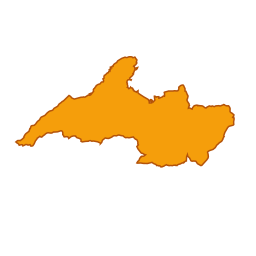 outline of Lunca De Jos, Harghita, Romania, rotated 121°
{"feature_id": "2599482B38350434394464", "entity_name": "Lunca De Jos", "entity_type": "district", "adm_level": 2, "iso_a3": "ROU", "parent_name": "Romania", "parent_adm1": "Harghita", "projection": "natural_earth1", "projection_center": [25.966, 46.606], "detail": "fine", "context": "isolated", "style": "filled", "palette": "amber", "viewbox_px": 256, "rotation_deg": 121, "n_neighbors": 0, "source": "geoboundaries", "source_scale": "gbopen_adm2", "svg_char_len": 5752}
<svg xmlns="http://www.w3.org/2000/svg" viewBox="0 0 256 256"><g transform="rotate(121 128 128)"><path d="M197.7,216.9L197.7,216.1L198.0,215.7L197.9,214.4L198.4,212.8L198.8,212.4L197.2,210.8L196.8,209.9L197.5,208.9L194.8,207.1L194.2,205.9L194.3,205.4L194.0,204.7L192.7,203.4L193.5,202.3L193.5,201.8L192.6,200.7L192.1,200.4L189.8,200.3L186.8,200.7L184.3,200.4L183.3,200.5L182.3,199.9L180.5,199.3L180.6,198.3L180.5,197.8L180.1,197.2L177.7,196.5L176.9,196.0L175.5,195.7L173.9,194.8L173.2,194.0L172.0,191.3L171.6,190.9L171.0,190.3L169.9,189.9L169.2,188.7L167.5,186.3L164.9,184.1L164.6,183.3L164.9,182.3L165.7,181.4L167.3,180.5L167.7,179.3L168.4,178.5L168.5,178.1L166.9,176.0L166.6,175.3L166.8,174.3L167.5,173.4L164.7,172.3L164.0,171.8L162.6,170.3L162.1,169.2L162.2,168.9L161.9,168.7L162.0,168.3L162.6,167.3L162.5,166.3L162.1,165.0L161.9,162.7L162.7,161.9L163.6,161.5L163.5,160.1L161.4,157.6L159.8,155.2L158.9,154.7L158.2,153.9L158.0,152.3L156.9,150.8L155.5,147.0L155.1,143.7L155.6,143.5L154.0,143.1L151.7,143.6L148.3,142.4L147.7,140.6L146.9,139.2L145.5,138.1L143.9,137.1L142.2,136.4L141.5,135.6L140.7,133.9L139.1,132.7L138.6,132.0L138.1,130.1L137.3,128.2L137.6,126.5L137.6,125.2L136.4,123.5L135.9,122.1L132.9,118.8L133.4,117.5L133.8,115.8L133.5,114.8L133.7,114.0L134.6,112.7L135.7,111.8L136.7,111.4L136.9,110.7L137.1,110.4L139.3,110.9L140.8,108.7L142.6,104.0L142.6,103.4L142.2,102.2L142.3,100.4L142.0,99.2L143.8,99.9L144.6,100.6L144.9,101.5L145.8,101.7L145.8,102.0L146.0,102.1L148.0,102.3L150.3,101.9L151.5,102.4L153.4,102.4L153.3,101.9L151.4,99.0L150.5,96.7L148.4,93.0L145.1,89.7L145.3,87.9L144.9,85.3L145.4,84.0L144.7,83.2L144.7,82.3L144.2,81.8L144.0,81.0L144.5,80.2L144.2,79.4L143.8,79.1L143.8,78.8L143.2,78.5L142.4,77.7L140.9,77.0L140.1,76.3L139.7,76.2L139.7,75.0L139.3,74.5L139.2,73.4L138.5,72.7L137.3,70.4L136.5,69.8L135.5,68.3L135.6,68.1L135.3,67.9L135.0,66.7L134.0,66.5L133.0,65.8L132.5,65.4L132.2,64.9L129.8,63.4L129.7,62.8L129.4,62.5L129.0,62.3L128.7,62.5L128.5,62.1L127.9,62.1L126.5,61.5L126.2,61.0L122.6,62.9L120.3,63.3L121.1,62.6L121.5,62.0L122.0,59.8L123.5,57.5L123.7,56.8L123.2,55.6L122.6,54.9L121.6,52.9L121.6,52.6L122.8,50.1L122.7,46.2L122.0,45.5L114.4,44.0L114.0,44.1L112.9,43.9L111.3,44.3L109.4,45.7L107.7,47.4L107.0,47.3L105.4,46.5L102.6,44.1L102.1,43.9L99.9,43.1L97.0,43.1L95.3,42.5L93.6,42.1L91.2,40.9L88.6,40.9L88.0,41.3L87.1,41.1L86.1,41.4L85.7,41.3L85.6,41.7L84.8,42.1L81.9,42.7L76.2,42.8L74.5,42.3L71.5,39.4L70.6,39.1L68.4,40.6L65.6,41.7L64.9,42.3L64.5,42.7L65.0,43.1L64.9,43.8L63.9,43.6L62.2,43.9L61.7,46.3L61.8,47.1L61.7,48.2L61.4,48.9L61.1,49.2L58.9,50.4L58.5,50.8L57.9,51.5L57.2,53.2L58.2,54.9L58.6,56.6L58.4,57.3L58.5,57.8L58.7,58.2L59.6,58.6L60.3,59.3L61.1,59.8L61.8,60.6L62.0,61.6L62.5,62.2L63.8,64.1L65.3,65.1L65.6,66.8L65.8,67.3L66.6,67.6L67.2,69.7L69.7,71.2L70.5,71.3L71.0,72.2L70.7,75.3L71.4,77.1L71.9,77.7L72.2,78.9L72.9,79.4L73.0,79.8L72.7,80.0L72.9,80.7L73.6,81.6L74.5,82.3L74.7,82.7L77.3,83.1L78.8,82.8L79.2,85.9L79.9,86.4L78.9,86.8L77.1,86.9L77.0,87.3L75.9,88.0L74.7,90.5L73.8,91.8L73.0,92.1L72.1,92.2L70.1,92.8L69.2,93.5L69.2,93.9L66.7,97.3L67.0,98.1L64.8,99.5L63.8,101.1L63.1,102.0L62.8,103.0L63.4,103.8L64.6,104.8L66.9,105.5L67.6,104.9L69.5,104.3L70.5,104.5L71.3,105.6L72.0,107.1L73.1,108.5L75.5,112.4L76.0,112.8L78.4,115.1L78.8,115.3L79.4,114.6L80.2,114.2L81.4,113.3L82.0,113.1L82.4,114.2L83.7,114.6L86.6,116.8L86.6,117.0L85.3,117.7L86.3,119.3L87.0,119.7L87.0,120.2L86.8,121.0L86.9,121.5L87.2,121.8L89.6,120.0L90.0,119.4L90.7,119.3L91.1,119.5L93.0,119.9L92.4,121.1L92.1,121.1L91.7,122.0L91.8,123.0L92.2,123.4L92.5,123.5L93.2,123.0L93.4,122.6L93.3,122.1L93.8,121.3L94.4,120.8L95.6,122.6L93.7,124.0L93.8,124.3L93.1,125.5L93.2,130.6L93.0,136.1L92.8,137.3L92.2,137.9L90.9,138.6L92.4,139.3L93.0,139.3L93.0,139.7L92.8,140.0L92.9,140.5L93.3,141.5L93.2,141.8L92.7,142.2L92.8,143.0L92.3,143.3L92.2,144.0L91.8,144.1L91.5,144.7L91.7,145.0L91.9,145.6L91.7,146.7L92.1,146.5L92.8,147.1L93.3,147.2L93.9,147.6L93.8,148.0L93.2,149.0L93.4,149.5L92.7,149.5L92.2,149.8L91.5,150.4L90.7,151.5L89.9,151.6L89.6,152.5L88.1,153.0L86.6,152.8L85.5,151.0L85.5,150.0L85.0,150.1L85.2,150.3L85.2,150.7L85.4,151.3L84.4,152.3L80.8,151.2L79.6,151.2L78.9,151.1L78.8,151.8L78.0,151.6L74.6,152.2L74.3,151.4L73.6,151.0L72.5,150.7L71.2,150.9L72.6,152.1L73.3,152.9L72.3,153.9L72.1,154.4L72.2,154.9L71.5,154.9L70.3,154.2L69.7,154.0L67.7,153.9L67.6,154.5L67.3,154.8L65.6,155.2L65.0,155.5L64.6,156.3L64.7,157.0L64.0,157.8L63.7,158.3L63.9,158.9L64.8,159.5L65.3,160.2L65.0,161.2L65.6,162.5L66.5,163.9L68.1,165.1L68.6,166.0L68.8,167.0L71.5,169.2L75.5,171.3L76.4,171.5L77.7,171.4L79.0,172.2L80.8,172.9L81.7,172.9L82.6,172.6L83.2,172.7L83.1,173.3L83.7,173.5L84.5,173.5L84.7,174.3L84.9,174.5L85.6,174.0L86.6,173.7L86.4,173.3L87.6,173.9L87.5,173.1L88.8,172.7L89.2,173.6L90.8,173.4L91.3,173.8L91.4,174.1L94.3,174.8L95.0,175.4L96.3,175.1L97.6,174.2L98.8,174.8L99.7,173.5L100.9,172.9L101.3,173.0L101.9,174.0L102.4,174.4L104.8,174.8L105.8,175.9L108.0,177.1L109.0,176.9L110.2,177.2L111.1,177.1L112.1,177.5L113.1,177.4L114.5,176.3L115.5,176.7L117.2,176.8L117.1,177.5L118.3,178.4L118.3,177.0L118.8,177.0L119.3,177.4L118.9,177.7L118.9,177.9L120.0,178.3L120.0,178.9L123.4,180.6L124.1,181.4L124.2,182.0L124.9,182.7L125.8,184.1L130.8,188.9L131.2,191.3L130.5,193.7L130.5,195.3L138.1,197.3L139.1,198.0L140.6,198.4L142.9,199.4L145.6,199.5L149.2,201.5L151.3,201.7L151.9,202.0L153.8,203.8L154.5,204.2L156.5,205.0L160.0,205.7L163.4,208.0L164.8,208.2L166.4,208.0L168.8,208.9L170.6,209.2L171.5,209.1L173.9,209.7L175.4,211.5L176.1,212.0L177.2,211.9L178.8,211.5L179.3,211.8L180.3,211.4L180.8,211.5L181.7,211.1L185.4,212.6L186.4,212.8L188.9,212.8L189.7,212.3L191.9,212.9L194.5,214.0L194.6,214.7L195.7,216.2L197.7,216.9Z" fill="#f59e0b" stroke="#b45309" stroke-width="1.5"/></g></svg>